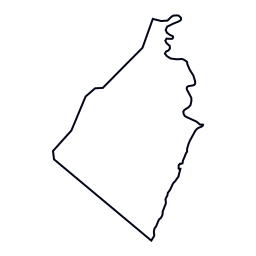 the district of Jefferson, West Virginia, United States of America
{"feature_id": "52423323B80125448855540", "entity_name": "Jefferson", "entity_type": "district", "adm_level": 2, "iso_a3": "USA", "parent_name": "United States of America", "parent_adm1": "West Virginia", "projection": "albers", "projection_center": [-77.789, 39.316], "detail": "fine", "context": "isolated", "style": "outline", "palette": "ink", "viewbox_px": 256, "rotation_deg": 0, "n_neighbors": 0, "source": "geoboundaries", "source_scale": "gbopen_adm2", "svg_char_len": 1541}
<svg xmlns="http://www.w3.org/2000/svg" viewBox="0 0 256 256"><path d="M151.3,240.6L154.2,235.9L154.2,234.3L153.9,232.6L153.9,231.2L154.6,228.3L156.0,226.6L158.5,220.6L159.4,219.0L160.5,218.4L162.0,216.0L162.4,214.9L162.7,212.6L162.6,211.8L165.8,203.5L165.9,202.7L165.5,199.4L165.7,198.7L167.4,195.3L167.8,192.9L170.1,189.8L172.6,184.3L173.7,182.6L175.2,181.1L178.4,176.6L178.6,175.7L180.4,168.8L178.8,168.8L178.6,168.6L178.7,165.2L178.9,164.8L179.5,164.5L180.0,163.7L180.7,163.9L182.5,163.3L183.0,160.4L183.2,160.0L184.4,157.3L184.6,156.7L185.9,153.4L186.1,153.0L187.1,151.7L187.1,151.3L187.0,149.8L187.3,148.0L188.4,144.3L189.8,140.8L195.7,130.1L198.0,128.1L202.0,126.4L202.8,125.7L203.0,124.7L199.9,124.5L196.5,121.6L187.1,117.3L184.9,116.1L183.7,114.1L183.3,111.7L184.4,109.9L188.4,107.4L190.5,105.1L191.4,101.0L191.3,97.8L187.0,89.7L186.7,88.9L186.9,87.4L187.5,86.6L188.7,86.1L192.9,85.4L194.2,84.9L195.0,83.9L195.2,82.7L195.0,80.9L193.3,75.4L189.7,69.7L187.3,64.0L187.1,62.1L186.3,61.3L184.4,60.0L182.2,59.0L176.7,59.3L170.6,58.5L167.0,56.2L164.9,53.7L166.0,51.6L168.2,50.6L169.9,48.6L169.8,46.0L166.6,43.2L165.3,40.8L166.5,38.6L170.7,38.9L172.4,38.7L173.1,37.5L172.9,36.3L169.7,34.8L166.9,32.7L165.7,30.0L167.1,26.7L173.6,23.5L178.2,21.7L180.4,20.4L181.1,19.3L180.9,17.7L178.6,15.6L177.0,15.4L173.5,15.6L172.2,16.2L170.2,17.9L167.5,20.6L161.1,21.0L153.1,19.0L152.8,18.9L142.5,47.8L124.4,66.0L102.8,87.9L95.1,88.3L85.6,96.5L71.4,130.5L53.0,151.0L54.0,159.3L54.2,159.5L151.3,240.6Z" fill="none" stroke="#020617" stroke-width="2"/></svg>